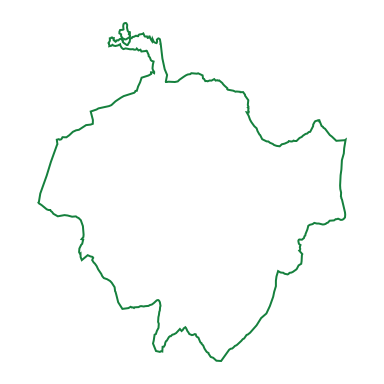 Tapanuli Utara, Sumatera Utara, Indonesia
{"feature_id": "22746128B99937545443202", "entity_name": "Tapanuli Utara", "entity_type": "district", "adm_level": 2, "iso_a3": "IDN", "parent_name": "Indonesia", "parent_adm1": "Sumatera Utara", "projection": "natural_earth1", "projection_center": [99.174, 2.011], "detail": "fine", "context": "isolated", "style": "outline", "palette": "green", "viewbox_px": 384, "rotation_deg": 0, "n_neighbors": 0, "source": "geoboundaries", "source_scale": "gbopen_adm2", "svg_char_len": 5876}
<svg xmlns="http://www.w3.org/2000/svg" viewBox="0 0 384 384"><path d="M109.0,44.5L109.5,45.1L109.3,46.2L111.5,45.7L112.4,44.8L113.6,45.6L115.4,46.0L118.0,45.4L120.1,44.3L120.4,45.6L121.6,47.7L123.0,48.9L123.5,49.1L125.6,48.4L130.2,49.3L133.1,49.2L133.9,49.6L135.1,49.7L136.4,49.3L136.8,48.6L138.5,50.4L140.4,49.8L140.0,50.1L140.5,49.8L141.4,51.5L145.7,51.0L146.2,50.7L146.8,50.9L148.7,55.0L148.6,56.0L149.9,57.5L150.9,60.2L151.8,60.9L153.6,61.5L152.9,64.5L152.5,68.3L152.9,69.9L154.2,72.0L154.1,73.1L152.7,72.3L151.0,72.3L151.1,74.0L148.5,75.5L141.6,77.7L140.1,82.3L138.1,86.5L136.8,90.8L135.5,90.9L135.0,92.0L134.1,92.8L123.7,96.1L120.9,97.7L115.5,101.3L111.4,105.1L109.0,106.1L98.4,108.4L96.6,109.5L90.7,111.5L92.9,120.0L92.8,123.8L90.6,124.6L86.1,125.1L78.9,129.8L76.1,130.3L72.9,131.8L69.3,135.2L66.4,137.3L62.5,137.2L61.5,139.0L61.0,139.4L59.7,139.7L58.8,139.2L56.8,139.7L57.4,144.2L57.0,144.9L50.9,161.9L46.7,175.6L40.3,193.5L38.9,201.9L38.4,202.6L39.1,203.5L41.5,205.0L46.7,209.3L48.5,210.0L50.3,210.0L50.8,211.0L52.1,212.0L53.4,213.8L57.8,216.3L64.5,215.1L67.6,215.5L72.1,216.7L75.9,216.4L77.5,217.6L78.5,217.9L80.8,220.2L82.9,226.1L83.6,234.6L83.4,237.0L81.6,239.2L83.2,239.6L82.2,243.8L81.2,244.8L79.4,248.5L79.1,252.1L80.1,254.1L80.5,253.7L80.6,257.0L81.8,260.1L87.7,255.2L90.4,256.4L92.5,256.9L93.2,257.9L92.7,258.7L92.2,260.1L93.7,262.5L94.8,263.5L96.6,266.0L98.2,269.4L101.3,274.0L102.1,275.9L103.0,277.1L103.9,278.1L107.1,279.2L110.1,281.0L111.7,282.7L114.6,287.2L115.1,291.2L115.5,291.8L116.3,294.7L118.2,302.3L122.4,308.9L128.4,308.1L130.7,306.8L131.9,307.5L132.9,307.3L134.0,308.0L134.7,307.3L138.6,307.1L139.8,306.4L141.0,306.1L143.9,306.5L144.9,306.2L148.5,305.9L149.8,305.1L151.9,304.5L153.9,303.0L156.6,300.5L157.4,300.1L158.4,300.1L159.2,300.9L159.9,302.3L160.5,305.9L160.1,307.1L159.8,310.6L159.3,311.8L158.9,315.1L158.4,317.1L158.1,321.9L158.8,323.8L158.5,327.9L156.9,330.9L155.9,334.0L154.6,334.7L153.7,340.7L153.0,343.5L156.0,351.0L159.9,351.9L161.1,351.2L162.3,351.5L162.6,346.8L163.9,346.7L165.0,344.8L165.2,343.1L165.9,341.3L166.8,340.7L168.9,337.1L170.0,336.2L170.8,336.2L172.3,334.7L173.9,334.3L176.1,333.1L179.9,329.0L181.6,331.0L183.0,329.7L183.6,328.5L185.3,327.2L186.0,328.0L187.6,331.4L188.4,332.3L189.3,334.0L191.9,335.1L193.3,334.8L194.7,334.1L195.7,334.3L196.4,336.3L197.3,337.1L198.4,337.6L200.2,342.0L200.6,342.6L201.4,343.0L201.6,343.8L203.2,345.5L204.5,348.6L206.1,351.1L206.8,352.0L208.5,353.0L208.6,353.7L210.7,356.9L213.2,357.8L216.4,360.7L221.1,361.0L229.2,349.7L230.8,348.7L232.0,348.6L233.2,347.7L235.0,345.9L236.4,345.3L237.3,344.6L241.3,340.9L242.7,339.2L244.1,338.5L246.6,334.9L247.7,334.6L250.1,332.7L256.6,325.3L261.1,318.1L266.4,313.5L269.9,306.0L273.2,296.7L274.2,291.8L275.9,286.2L275.9,280.7L276.5,276.4L278.1,271.1L280.6,272.5L283.4,272.8L284.4,273.7L287.6,274.4L288.5,274.0L288.7,273.6L289.7,272.8L291.3,272.6L292.7,272.0L296.1,269.6L296.8,268.9L298.6,265.4L301.2,263.8L301.6,261.2L301.9,255.1L302.3,254.1L299.2,250.6L300.1,249.9L300.2,248.7L299.8,247.2L300.5,245.0L299.5,244.4L298.9,243.7L298.4,241.4L298.4,240.6L298.8,239.8L299.3,239.5L301.9,239.7L304.0,238.0L304.4,236.3L305.3,235.5L305.5,234.1L307.4,229.4L308.3,225.8L309.8,224.8L312.6,224.1L314.3,222.9L316.7,223.5L318.7,223.5L322.7,224.5L324.0,224.4L325.7,223.9L326.5,223.1L327.8,222.7L329.7,220.7L334.0,220.4L335.7,219.2L336.6,219.2L338.1,218.7L340.8,219.9L342.1,219.8L343.4,219.2L344.7,217.8L345.0,217.3L345.2,214.7L345.0,212.4L342.0,199.6L341.3,198.2L341.3,197.3L340.9,196.6L341.1,192.6L340.3,189.0L340.1,185.4L340.6,175.2L341.4,169.5L341.9,160.2L343.8,153.5L344.2,148.1L345.6,139.7L344.9,140.2L336.3,140.8L331.9,136.6L329.8,135.0L325.1,128.8L323.4,127.7L322.9,126.8L321.6,126.0L319.8,121.5L319.6,121.9L319.2,121.5L319.2,120.2L318.1,120.2L317.5,120.6L316.1,120.9L315.1,121.3L314.3,122.5L313.2,124.6L313.1,126.2L310.2,131.8L308.7,132.1L307.1,133.6L305.6,133.9L302.8,135.8L301.8,136.9L299.5,138.0L296.5,141.0L294.8,141.0L293.5,140.6L292.7,141.3L291.2,141.5L288.8,141.1L288.2,142.0L284.7,143.6L281.8,144.3L279.7,146.3L276.7,145.9L274.1,145.0L272.7,143.9L270.0,142.8L268.4,141.5L266.6,141.4L262.2,139.2L260.1,135.0L259.5,134.6L257.5,131.0L256.6,128.3L254.3,126.2L251.3,122.0L250.0,119.6L248.6,115.7L246.7,112.3L248.6,112.5L248.8,111.7L248.2,110.4L248.5,108.5L247.8,107.5L248.5,106.9L247.8,105.0L248.3,100.2L245.1,95.7L245.0,94.7L243.1,92.1L240.3,92.2L240.0,91.8L236.6,91.5L235.5,91.7L233.3,90.7L227.9,89.7L227.2,89.1L227.3,88.2L224.5,85.7L223.0,84.1L222.3,83.0L219.1,80.4L218.2,80.7L217.2,80.2L215.7,80.6L214.2,79.1L211.5,80.6L209.6,80.5L207.7,81.3L206.8,81.0L205.3,81.1L204.1,79.0L203.0,78.4L202.6,75.4L198.1,73.3L197.0,73.7L191.3,73.2L190.4,74.1L187.7,74.5L185.8,75.4L183.5,76.9L179.4,79.8L177.8,81.4L174.9,82.0L168.2,81.7L167.0,82.0L165.9,82.0L165.8,81.7L167.1,75.0L164.7,69.2L162.4,58.5L160.7,43.8L160.4,43.8L160.5,42.8L159.9,39.3L159.2,38.7L158.3,38.4L156.9,39.6L157.1,41.9L156.5,43.1L155.4,42.8L153.8,41.9L152.5,38.9L152.1,41.3L150.9,39.5L149.3,35.7L149.1,37.6L147.7,37.9L146.9,36.4L145.9,36.6L144.7,36.4L143.3,33.4L142.3,34.0L139.3,34.5L138.5,35.1L138.2,36.1L137.1,36.1L136.0,35.7L133.7,36.9L133.2,36.8L132.2,37.2L131.7,38.2L130.3,38.3L130.1,38.5L129.7,41.8L129.3,42.1L127.6,45.0L126.8,45.0L123.7,42.9L122.7,41.8L123.0,40.9L121.1,38.9L120.5,38.8L119.6,39.2L118.3,40.4L117.1,40.2L116.1,41.4L115.5,41.7L114.7,40.5L114.3,40.7L113.5,39.9L113.8,38.1L112.8,38.1L112.3,37.5L111.5,37.5L111.2,38.0L109.8,38.3L109.9,40.2L109.6,41.4L108.5,43.0L109.0,43.6L109.0,44.5ZM123.2,26.1L123.5,29.4L122.8,29.8L120.1,30.0L119.4,31.8L119.4,33.4L121.1,34.3L121.1,36.1L122.6,38.3L125.1,39.4L125.9,39.4L128.9,37.6L129.8,36.7L130.0,36.2L130.0,35.1L129.7,34.5L128.9,34.4L128.8,34.2L129.0,33.6L129.9,33.2L129.9,32.6L129.8,32.1L128.5,31.9L127.7,30.8L127.0,27.7L127.2,24.9L126.3,23.2L125.4,23.0L124.3,23.3L123.5,24.2L123.2,26.1Z" fill="none" stroke="#15803d" stroke-width="2"/></svg>